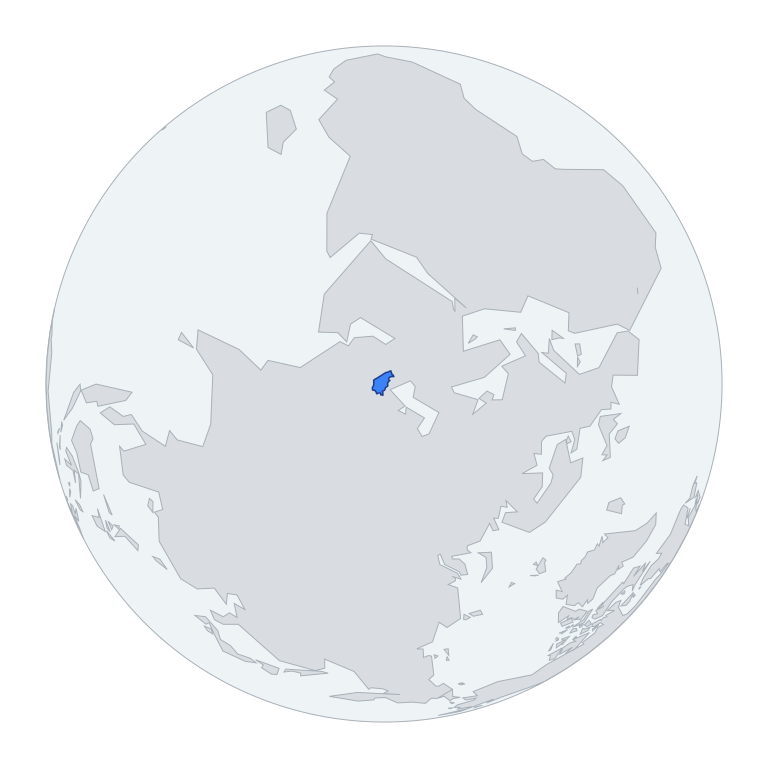 Semnan on an orthographic globe, rotated 149°
{"feature_id": "IRN-3215", "entity_name": "Semnan", "entity_type": "Province", "adm_level": 1, "iso_a3": "IRN", "parent_name": "Iran", "parent_adm1": "", "projection": "orthographic", "projection_center": [54.411, 35.84], "detail": "fine", "context": "on_globe", "style": "filled", "palette": "blue", "viewbox_px": 768, "rotation_deg": 149, "n_neighbors": 0, "source": "natural_earth", "source_scale": "10m", "svg_char_len": 12153}
<svg xmlns="http://www.w3.org/2000/svg" viewBox="0 0 768 768"><g transform="rotate(149 384 384)"><circle cx="384" cy="384" r="338" fill="#eef3f6" stroke="#a8b0b8"/><path d="M399.5,46.4L410.3,48.0L444.3,55.1L460.3,57.7L452.7,57.6L486.5,63.9L508.3,72.0L480.4,62.9L475.0,62.3L488.2,67.2L485.5,67.7L490.4,70.7L486.0,71.1L470.1,66.8L466.9,67.3L476.5,70.9L478.1,74.3L464.6,68.8L466.0,74.4L439.6,70.2L407.0,58.5L389.0,59.8L346.6,58.2L347.2,60.1L331.5,62.0L326.2,65.1L319.8,64.8L321.2,67.8L328.0,67.6L330.9,69.0L328.4,71.1L319.8,70.7L319.8,69.6L316.0,70.7L312.8,69.7L313.0,71.4L302.9,71.2L309.2,74.7L298.0,77.4L292.4,76.5L297.9,72.2L298.5,62.5L294.5,61.7L283.2,64.2L251.5,76.9L245.0,78.6L232.5,83.9L233.8,84.4L244.0,80.7L243.3,84.0L255.8,79.9L257.4,81.0L268.3,79.3L261.2,84.5L248.4,90.7L239.0,92.7L233.1,95.8L237.7,98.5L216.0,107.6L194.3,123.7L189.3,126.0L187.3,121.0L198.3,108.6L195.8,105.6L191.9,113.0L179.3,120.1L175.0,123.9L172.5,127.1L175.0,126.8L169.6,130.8L171.4,124.1L176.4,120.3L175.8,122.2L180.9,116.8L182.0,113.9L175.6,118.5L180.6,114.1L202.0,99.3L224.4,86.2L247.7,74.8L271.8,65.2L296.6,57.6L321.9,51.8L347.6,48.0L373.5,46.2L399.5,46.4ZM408.6,47.0L405.3,46.7L405.2,46.7L408.6,47.0ZM472.3,60.1L465.0,57.9L473.0,59.9L472.3,60.1ZM491.8,71.0L494.8,71.7L496.0,73.1L491.8,71.0ZM271.4,76.7L269.9,78.0L268.6,77.6L271.4,76.7ZM277.6,75.0L277.3,73.7L280.2,72.7L280.4,73.5L277.6,75.0ZM490.5,75.2L491.6,77.7L487.8,74.4L490.5,75.2ZM277.3,77.0L285.4,71.2L290.5,69.6L295.3,71.7L277.3,77.0ZM490.5,78.6L493.4,85.4L500.2,87.1L482.6,87.0L486.0,80.7L480.1,76.2L486.6,78.7L490.5,78.6ZM331.2,66.7L323.9,66.9L332.3,64.9L331.2,66.7ZM335.9,65.1L357.7,58.3L367.4,59.5L358.1,61.3L372.5,61.9L366.5,65.7L357.3,66.3L352.2,64.6L353.8,67.5L335.9,65.1ZM472.5,86.3L470.8,87.6L469.5,85.4L472.5,86.3ZM332.7,69.5L336.2,67.7L344.8,68.5L339.3,72.2L338.3,70.7L332.7,69.5ZM379.2,60.5L384.6,62.1L381.3,65.5L382.9,66.7L367.2,66.0L379.2,60.5ZM335.1,71.6L336.3,74.2L330.0,75.8L329.8,71.3L335.1,71.6ZM349.4,67.3L353.2,68.0L349.3,68.8L349.4,67.3ZM308.3,84.2L312.4,81.5L317.2,81.6L308.3,84.2ZM337.2,75.1L339.3,74.5L341.7,74.4L341.2,76.5L337.2,75.1ZM365.9,68.7L363.4,70.0L372.2,69.1L370.0,72.1L359.9,71.2L363.4,72.9L362.7,73.9L355.2,72.2L365.9,68.7ZM347.8,78.4L334.2,79.1L325.6,83.7L321.0,83.6L335.6,76.3L347.8,78.4ZM352.8,74.8L348.7,76.9L345.1,75.4L345.7,73.1L352.8,74.8ZM372.2,74.6L378.1,70.2L380.1,70.6L372.2,74.6ZM346.0,79.9L349.3,79.8L345.8,80.4L346.0,79.9ZM364.9,76.4L366.8,74.7L369.0,75.2L364.9,76.4ZM354.4,81.2L350.0,81.2L350.3,79.5L354.4,81.2ZM359.8,79.2L362.4,80.3L353.1,78.9L360.3,78.3L359.8,79.2ZM366.8,77.2L368.7,76.9L365.7,77.9L366.8,77.2ZM355.9,88.1L344.0,86.7L344.6,82.6L356.1,84.5L355.9,88.1ZM77.2,430.8L73.1,373.4L81.1,361.5L86.8,340.5L145.7,303.4L153.4,315.3L194.4,329.2L198.6,334.7L188.7,349.8L215.2,385.4L229.9,375.1L259.1,396.7L281.9,401.8L299.1,371.2L261.9,362.2L260.6,344.5L294.5,338.0L327.7,346.7L328.3,340.3L311.5,322.2L323.5,312.3L306.2,315.0L310.0,322.7L299.3,324.9L295.2,318.2L299.6,314.7L290.8,309.6L272.1,328.8L273.9,338.6L248.2,335.3L248.7,351.8L240.2,356.6L236.1,330.7L239.8,322.9L228.4,291.6L222.2,299.3L232.5,329.7L227.3,325.7L218.9,337.8L221.2,325.5L211.6,291.6L191.3,287.3L157.8,307.8L147.6,303.8L142.5,290.7L162.3,260.9L183.0,273.6L190.4,264.5L192.8,245.5L198.8,251.4L202.4,245.7L210.8,250.0L229.2,241.8L238.8,245.0L252.3,228.8L259.1,228.6L249.1,238.0L247.4,246.7L271.9,255.8L278.5,253.7L285.3,242.7L291.2,247.2L294.7,235.5L311.9,236.1L293.8,226.1L301.3,214.5L315.0,208.3L314.2,203.0L291.8,213.2L285.8,219.1L285.8,226.8L266.6,242.9L256.8,242.9L264.6,220.3L251.6,218.2L263.4,202.7L316.8,182.6L335.8,181.9L354.1,204.8L346.1,211.1L335.5,205.7L339.5,221.3L341.9,214.9L346.8,219.0L355.2,210.0L359.1,212.5L360.5,200.0L366.2,202.1L365.2,210.1L382.5,199.9L396.1,202.4L398.1,199.0L396.4,194.6L414.7,201.4L415.4,198.7L409.7,195.3L407.4,187.8L410.4,177.6L416.5,180.5L416.3,184.5L425.0,198.0L423.4,209.2L426.2,209.4L429.1,200.5L418.5,183.9L418.5,177.1L424.8,184.0L422.5,180.9L424.5,178.5L432.2,179.0L425.9,171.2L439.1,143.5L455.4,142.8L459.5,151.4L475.2,138.0L492.3,140.1L487.0,136.7L491.0,129.2L485.7,128.3L483.4,126.3L491.2,108.9L497.8,107.7L495.1,98.2L492.4,96.7L487.4,96.9L482.6,87.0L500.2,87.1L505.5,90.3L512.9,88.9L524.0,97.0L536.5,103.6L544.3,114.5L553.5,119.6L555.4,118.5L569.3,125.4L591.7,144.4L565.5,133.2L530.3,109.6L544.0,119.1L538.5,118.6L541.9,123.2L551.7,130.4L554.3,130.1L557.7,153.0L576.6,178.8L581.1,170.9L590.6,173.8L616.1,200.7L632.6,253.0L645.5,260.8L650.7,269.3L649.3,279.5L641.7,267.3L634.3,267.4L630.2,259.5L625.4,273.0L619.3,262.3L618.6,278.9L626.1,285.1L632.6,276.4L634.6,296.5L649.6,304.5L658.6,321.8L657.7,365.0L646.0,386.1L646.8,392.4L638.3,390.4L632.8,407.4L653.0,431.0L654.4,440.3L642.7,466.8L641.5,460.4L619.2,454.9L619.1,478.6L636.1,488.0L642.1,505.4L630.8,505.6L624.2,490.5L616.3,488.0L615.5,468.3L603.5,443.2L591.8,454.5L590.0,442.5L571.6,423.7L553.2,438.8L526.0,480.1L526.8,510.5L515.5,526.2L490.4,488.2L482.4,459.3L471.3,464.0L447.3,441.2L399.9,443.0L394.9,435.0L385.6,439.0L368.9,430.7L362.1,417.0L351.2,417.4L369.9,453.0L381.8,452.6L394.3,439.3L397.1,451.8L413.4,462.2L388.9,491.8L321.5,513.6L318.1,490.4L283.1,419.5L285.9,412.3L285.9,411.4L285.7,409.8L279.2,421.1L274.3,406.8L289.6,456.3L290.8,475.9L320.5,514.9L316.9,518.0L327.5,526.1L365.0,520.1L364.5,527.5L344.9,559.8L295.6,596.6L304.1,623.8L303.7,644.2L277.2,652.1L283.8,666.7L270.8,668.4L272.8,675.5L264.7,679.9L249.7,681.0L219.5,670.2L214.2,663.7L193.9,645.3L164.2,601.7L168.2,587.7L164.0,572.1L142.6,527.7L147.0,510.0L142.1,498.4L131.6,494.3L126.4,480.3L120.3,476.0L85.4,454.6L77.2,430.8ZM120.1,330.3L117.2,336.2L120.1,330.3ZM359.7,373.1L381.7,376.0L377.3,354.3L385.5,353.9L381.0,347.0L376.9,352.8L366.8,334.0L378.3,328.7L378.5,319.4L371.1,318.1L351.6,331.2L365.9,357.6L358.5,365.7L359.7,373.1ZM179.3,120.4L179.0,121.1L175.5,124.8L175.3,124.0L179.3,120.4ZM171.4,137.9L162.8,144.0L168.7,138.7L166.7,138.2L176.8,127.2L187.3,126.7L180.7,128.5L171.4,137.9ZM193.1,113.4L185.5,119.7L193.4,112.9L193.1,113.4ZM213.5,212.4L214.2,218.1L207.7,223.3L195.6,221.5L204.8,213.7L213.5,212.4ZM216.7,225.2L227.8,204.5L235.8,205.6L229.4,208.3L233.6,211.1L224.5,216.4L221.2,238.5L215.3,244.8L196.2,236.7L205.7,235.5L204.4,229.7L216.7,225.2ZM242.2,157.4L247.2,150.5L258.1,161.3L252.2,166.6L239.7,164.6L239.4,157.2L242.2,157.4ZM284.2,82.6L285.4,80.7L287.7,80.6L288.7,82.1L284.2,82.6ZM309.8,82.9L281.5,91.3L281.4,89.4L264.9,97.7L258.3,96.0L269.2,90.5L251.7,96.0L258.9,90.4L247.1,94.9L272.1,82.8L277.8,78.7L273.9,83.8L279.9,85.3L284.2,84.7L300.7,80.2L316.0,72.9L324.3,73.9L326.1,76.6L323.7,78.5L319.1,77.1L319.2,80.7L310.6,80.2L309.8,82.9ZM342.6,118.6L338.2,114.3L337.0,125.1L328.5,123.1L328.9,124.5L320.6,125.9L311.3,130.2L308.1,128.5L305.9,131.0L300.3,132.3L296.2,135.2L289.1,133.4L283.4,137.1L283.2,134.2L275.4,141.2L278.0,135.3L271.2,136.9L272.2,141.8L244.0,128.8L230.2,129.2L217.1,133.2L223.5,123.6L239.7,114.3L259.7,107.3L272.1,108.8L272.7,104.7L278.9,104.4L275.8,107.7L284.2,102.4L288.5,103.2L306.2,99.4L315.7,92.2L322.4,91.0L320.8,94.3L328.6,90.9L330.2,96.5L335.0,95.9L341.4,101.3L335.6,108.5L341.5,107.4L346.6,111.9L342.6,118.6ZM357.4,89.7L352.3,97.9L345.1,101.1L337.0,90.6L332.4,90.3L326.9,84.6L337.4,80.3L338.0,82.2L341.0,83.2L336.5,84.1L342.4,84.1L343.4,87.0L348.3,87.9L345.3,90.2L357.4,89.7ZM206.7,330.8L210.5,333.4L217.3,335.5L212.2,343.5L206.7,330.8ZM199.6,307.8L203.6,308.4L199.6,319.9L195.6,317.6L199.6,307.8ZM209.2,299.4L204.1,307.6L204.5,301.8L209.2,299.4ZM253.2,238.2L257.8,238.5L257.0,241.4L252.9,244.5L253.2,238.2ZM337.3,153.2L335.9,149.5L338.1,148.6L341.9,140.1L348.5,141.3L348.9,147.0L337.3,153.2ZM290.9,375.5L282.3,380.2L279.7,376.4L283.2,375.5L290.9,375.5ZM243.9,362.3L253.0,369.6L242.4,364.4L243.9,362.3ZM345.2,153.1L345.9,149.3L348.8,152.4L345.2,153.1ZM353.6,141.9L357.5,144.6L349.8,140.5L353.6,141.9ZM440.0,716.2L443.8,716.0L438.0,717.0L440.0,716.2ZM361.6,646.4L345.0,677.5L328.9,676.1L323.4,666.8L327.9,647.6L345.8,643.2L354.0,633.8L361.6,646.4ZM684.9,513.3L688.9,509.6L688.5,510.9L684.9,513.3ZM680.9,514.1L686.0,509.0L679.6,517.8L680.9,514.1ZM687.9,507.0L693.0,498.9L695.3,494.4L694.5,497.4L687.9,507.0ZM677.2,517.9L654.4,536.6L644.6,540.4L647.6,534.3L663.5,523.8L677.2,517.9ZM646.7,534.7L630.8,532.2L604.2,506.7L613.8,502.9L640.7,512.2L639.1,517.1L648.8,521.1L646.7,534.7ZM682.7,483.5L680.9,496.6L669.0,506.3L663.2,509.1L659.2,496.8L661.5,487.1L666.5,483.6L682.1,441.0L688.3,442.1L684.3,458.5L689.2,464.6L682.7,483.5ZM528.6,512.9L537.6,527.9L531.0,532.5L528.6,512.9ZM685.8,415.2L681.3,433.7L684.5,411.7L685.8,415.2ZM686.0,396.3L687.7,402.1L684.0,398.7L686.0,396.3ZM649.2,401.3L644.0,406.7L642.6,402.3L648.3,392.9L649.2,401.3ZM665.4,336.6L670.3,349.8L671.0,355.2L666.3,349.2L665.4,336.6ZM403.1,163.7L390.5,173.6L385.8,182.8L390.1,190.7L378.6,184.5L385.9,170.2L403.1,163.7ZM434.0,145.4L430.2,139.4L435.4,139.8L437.0,141.2L434.0,145.4ZM429.2,143.4L417.9,140.5L418.1,135.8L427.0,138.9L429.2,143.4ZM381.2,145.6L377.0,148.3L374.8,145.6L381.2,145.6ZM627.6,618.2L635.0,610.2L643.9,596.3L645.9,594.5L652.6,582.0L675.7,550.7L694.2,512.9L699.6,503.6L708.3,477.4L711.1,468.8L704.0,492.5L695.3,515.6L684.8,538.0L672.7,559.6L659.1,580.2L644.1,599.8L627.6,618.2ZM694.6,502.3L701.1,486.2L703.6,481.5L694.6,502.3ZM716.2,445.8L715.9,447.2L717.5,438.5L718.3,432.0L714.4,442.7L713.6,440.0L715.8,431.3L712.0,436.0L716.3,423.5L717.2,430.8L719.3,416.1L721.0,408.2L721.2,406.0L716.2,445.8ZM714.6,448.5L715.1,446.7L714.2,451.7L714.6,448.5ZM706.0,458.1L705.5,461.6L704.1,461.6L706.0,458.1ZM708.0,453.0L711.7,448.8L707.4,456.3L708.0,453.0ZM692.2,464.1L693.9,469.5L699.3,458.1L695.1,470.1L697.9,477.8L696.3,484.0L693.7,475.2L691.3,490.4L688.8,493.1L688.3,482.9L691.3,465.6L693.8,456.7L703.1,442.2L692.2,464.1ZM708.3,443.9L707.1,437.0L707.8,429.7L709.2,432.2L708.3,443.9ZM702.0,421.5L696.9,416.3L693.8,424.8L698.9,401.0L703.1,410.0L702.0,421.5ZM695.6,403.1L692.8,410.9L694.8,398.1L695.6,403.1ZM691.2,408.5L689.4,401.7L692.4,399.4L691.2,408.5ZM697.4,401.2L695.5,388.0L698.3,393.5L697.4,401.2ZM684.5,386.9L693.3,391.7L684.2,395.9L677.4,372.5L680.8,368.0L684.5,386.9ZM662.7,268.9L658.3,263.2L659.6,258.0L662.3,263.3L662.7,268.9ZM659.6,238.1L658.5,254.9L656.9,269.4L660.3,269.8L665.3,283.0L656.8,276.4L653.5,258.1L655.8,249.3L650.4,239.0L648.5,228.0L639.9,217.7L637.2,210.8L645.7,217.7L659.6,238.1ZM636.1,213.7L620.4,194.3L625.5,190.1L630.0,193.4L635.1,203.9L632.1,205.4L636.1,213.7ZM618.1,188.7L615.1,190.2L585.7,170.0L580.8,164.9L605.8,176.8L604.3,179.1L610.6,185.2L618.1,188.7ZM474.4,88.7L471.1,87.7L474.2,87.4L474.4,88.7ZM480.4,126.0L477.9,123.1L481.6,122.5L480.4,126.0ZM472.9,115.1L470.4,117.7L470.5,113.7L472.9,115.1ZM465.4,124.0L468.2,118.1L469.2,125.6L465.4,124.0Z" fill="#d9dde1" stroke="#a8b0b8" stroke-width="1"/><path d="M378.9,383.7L379.2,383.7L379.5,383.6L379.9,383.4L380.1,383.2L380.2,382.9L380.4,382.7L380.8,382.3L381.0,382.1L381.1,381.6L381.2,381.2L381.4,380.9L381.7,380.6L382.1,380.3L382.6,380.2L383.6,380.2L383.9,380.2L384.3,380.2L384.9,379.8L385.2,379.5L386.0,378.9L386.8,378.4L387.2,378.4L388.9,378.6L389.2,378.5L389.3,378.1L389.4,377.4L389.8,376.5L390.6,375.2L390.8,375.0L391.6,376.0L391.9,376.2L392.1,376.1L392.3,376.2L392.3,376.4L392.0,376.5L391.9,376.6L391.9,376.8L391.9,377.3L391.8,377.7L391.8,377.8L391.9,378.0L392.5,378.6L393.0,379.0L393.3,379.1L393.7,379.2L394.0,379.3L394.7,379.1L394.8,379.1L395.1,379.2L395.3,379.7L395.1,380.2L395.0,380.6L394.9,381.3L395.0,382.4L395.2,383.1L395.3,383.4L396.5,384.3L396.8,384.6L396.8,385.1L396.0,386.5L395.8,387.0L395.6,387.1L394.6,387.5L394.1,387.9L393.5,388.4L392.7,389.4L391.0,392.4L390.5,392.7L389.2,392.7L388.8,392.8L388.7,392.8L388.5,392.7L388.3,392.6L376.6,392.9L376.4,392.8L374.3,392.1L374.0,392.1L372.7,392.1L372.2,392.0L371.3,391.5L371.4,391.3L371.7,390.8L371.8,390.2L371.8,389.8L371.8,389.5L371.8,389.3L372.0,388.8L372.2,388.4L372.3,388.1L372.1,387.7L371.5,386.9L371.5,386.7L371.6,386.4L371.7,386.1L371.7,385.5L371.8,385.4L371.9,385.5L372.0,385.5L372.3,385.6L372.6,385.8L373.5,386.4L373.8,386.5L374.2,386.5L375.3,386.9L375.7,386.9L376.2,386.7L376.7,386.5L377.5,385.8L377.6,385.3L377.6,384.7L377.4,384.0L377.5,384.0L378.0,383.9L378.5,383.7L378.8,383.6L378.9,383.7Z" fill="#3b82f6" stroke="#1e3a8a" stroke-width="1.5"/></g></svg>